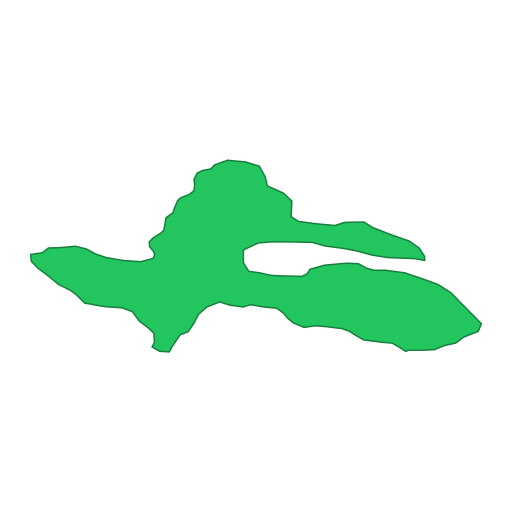 the district of Norrköping, Östergötland, Sweden
{"feature_id": "70781695B31876776123918", "entity_name": "Norrköping", "entity_type": "district", "adm_level": 2, "iso_a3": "SWE", "parent_name": "Sweden", "parent_adm1": "Östergötland", "projection": "natural_earth1", "projection_center": [16.286, 58.655], "detail": "fine", "context": "isolated", "style": "filled", "palette": "green", "viewbox_px": 512, "rotation_deg": 0, "n_neighbors": 0, "source": "geoboundaries", "source_scale": "gbopen_adm2", "svg_char_len": 1774}
<svg xmlns="http://www.w3.org/2000/svg" viewBox="0 0 512 512"><path d="M169.3,351.9L171.9,347.0L180.1,334.8L188.2,331.7L193.5,323.9L198.7,314.1L206.9,307.0L219.7,301.9L229.6,305.1L243.0,307.0L250.5,304.7L263.9,307.0L276.7,308.2L283.7,313.3L287.8,318.4L293.6,323.1L304.1,327.4L314.6,325.8L325.7,326.6L342.0,328.6L349.5,331.3L354.8,334.8L363.5,339.9L382.2,342.3L392.1,343.1L400.2,347.8L405.7,351.4L408.6,350.2L422.2,350.2L434.4,349.7L444.2,345.6L455.6,343.1L463.9,337.0L478.3,331.4L481.3,323.7L474.4,316.6L462.3,304.4L450.9,292.7L438.0,284.5L421.3,278.4L404.6,272.8L385.7,270.3L374.3,270.3L366.8,268.3L358.4,263.7L346.3,263.2L324.4,265.2L310.0,269.3L307.0,273.9L301.7,276.4L282.0,275.9L271.4,275.4L259.3,272.8L248.7,271.3L243.4,262.7L243.4,250.0L251.7,246.0L258.5,242.9L271.4,241.9L290.3,241.9L312.2,242.4L325.1,246.0L344.0,248.5L356.9,251.0L372.0,255.1L387.9,257.6L414.4,258.6L424.7,260.4L424.5,256.3L419.2,248.1L409.3,241.1L393.6,235.6L384.3,232.1L372.6,227.5L363.9,222.0L344.7,222.4L334.9,225.5L314.5,223.6L298.2,221.3L291.2,216.6L291.8,201.1L283.7,193.3L267.4,185.9L265.1,176.6L262.6,172.1L259.3,166.2L245.3,161.9L228.5,160.4L228.3,160.1L222.3,162.1L214.5,165.0L210.7,169.0L202.6,170.5L197.0,173.2L194.0,179.6L194.7,184.9L194.0,190.6L189.2,194.5L180.6,197.8L177.6,200.7L174.6,207.7L172.8,212.9L166.1,217.6L163.8,230.3L160.8,233.1L153.0,238.0L149.3,241.8L149.6,246.8L153.4,251.2L154.8,254.7L153.0,258.5L140.7,261.7L123.2,260.5L106.1,257.5L96.0,254.2L86.4,249.0L75.6,246.3L58.5,247.7L48.4,248.0L42.4,252.7L30.7,254.5L31.3,261.3L38.2,268.4L48.1,275.8L58.5,284.4L70.1,290.2L76.0,294.5L84.7,303.1L104.4,306.6L121.9,307.8L132.4,311.7L139.3,321.1L148.6,328.2L153.9,333.3L154.4,342.3L152.1,347.0L159.7,351.3L169.3,351.9Z" fill="#22c55e" stroke="#15803d" stroke-width="1.5"/></svg>